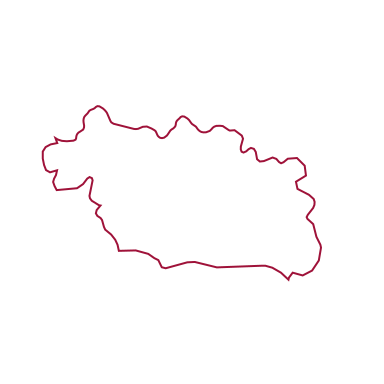 the Metropolitan department of Hérault, rotated 38°
{"feature_id": "FRA-5307", "entity_name": "Hérault", "entity_type": "Metropolitan department", "adm_level": 1, "iso_a3": "FRA", "parent_name": "France", "parent_adm1": "", "projection": "orthographic", "projection_center": [3.158, 43.595], "detail": "fine", "context": "isolated", "style": "outline", "palette": "rose", "viewbox_px": 384, "rotation_deg": 38, "n_neighbors": 0, "source": "natural_earth", "source_scale": "10m", "svg_char_len": 2330}
<svg xmlns="http://www.w3.org/2000/svg" viewBox="0 0 384 384"><g transform="rotate(38 192 192)"><path d="M322.0,201.7L311.8,200.8L301.9,202.2L295.3,204.9L292.9,206.7L258.0,236.1L237.3,245.4L231.6,250.3L218.2,268.3L214.5,269.9L207.4,266.4L203.1,267.3L195.6,267.7L183.6,272.7L170.6,283.4L165.8,279.4L160.9,276.9L154.5,275.3L146.8,275.1L144.1,273.7L138.4,269.5L136.0,268.8L132.1,269.1L129.4,268.0L128.0,264.9L128.2,259.0L126.8,259.7L118.4,260.6L115.5,259.8L113.6,258.2L106.5,244.0L104.6,242.7L102.1,243.3L101.2,245.9L101.3,252.8L99.1,259.8L84.2,273.8L80.0,271.9L76.4,269.6L75.1,266.4L74.4,262.4L72.3,258.0L68.0,263.9L63.5,264.6L58.8,261.8L53.8,257.5L49.5,252.0L49.0,246.7L51.3,241.5L55.7,236.4L51.2,233.6L53.2,233.4L54.5,233.1L58.0,231.8L62.2,229.0L67.0,224.5L68.0,222.5L67.8,221.5L67.5,220.8L67.0,220.1L66.3,218.7L65.9,217.3L65.9,215.8L66.0,215.2L66.0,214.9L66.1,214.7L66.4,214.0L67.8,209.8L67.2,207.7L66.2,206.2L63.5,203.7L62.3,202.3L61.4,200.7L60.9,199.1L60.9,197.5L61.3,194.3L61.1,191.2L61.6,189.8L63.2,187.1L63.7,185.7L63.9,184.2L64.6,182.6L66.3,181.5L70.4,181.0L72.8,181.2L74.9,181.6L76.4,182.1L83.9,186.2L85.5,186.8L88.2,186.5L107.5,178.0L109.1,176.9L110.6,175.4L113.1,170.9L116.1,168.2L121.0,166.9L124.5,166.4L125.9,166.5L127.2,167.1L129.2,168.2L130.5,168.8L132.0,169.0L133.6,168.9L135.2,168.0L136.6,166.3L137.5,162.9L137.4,160.7L137.1,157.0L137.4,155.3L138.0,153.8L138.3,152.2L138.4,150.6L137.8,149.0L136.9,147.6L136.3,146.0L136.3,144.4L136.8,141.5L136.9,139.9L137.7,138.4L139.5,137.3L143.1,136.9L145.4,137.1L148.7,138.1L150.2,138.4L154.5,138.1L155.3,138.2L157.9,139.0L159.4,139.2L160.9,139.2L162.5,138.9L164.4,137.9L166.3,136.3L168.4,132.9L168.7,130.6L168.8,128.6L169.3,126.8L170.5,124.9L173.4,122.5L175.7,121.1L182.8,120.6L184.0,120.3L187.5,117.1L196.5,116.9L199.4,118.6L202.5,126.1L204.2,128.4L206.3,129.7L208.3,129.2L209.7,126.6L210.2,123.5L211.3,121.0L214.2,119.9L217.6,121.2L223.1,126.1L226.7,126.2L229.6,123.4L234.3,115.2L238.1,114.0L242.2,114.8L244.5,114.5L245.8,112.2L247.0,106.8L253.8,100.6L264.6,101.9L271.7,108.9L267.6,119.9L273.2,124.6L286.0,122.2L292.2,122.6L294.7,124.3L296.4,126.8L297.3,130.0L297.3,138.7L297.8,141.2L299.5,142.1L307.3,142.7L317.6,150.7L325.6,154.5L327.9,156.4L334.1,167.9L335.0,180.0L330.6,189.6L321.0,193.6L321.1,199.8L322.0,201.7Z" fill="none" stroke="#9f1239" stroke-width="2"/></g></svg>